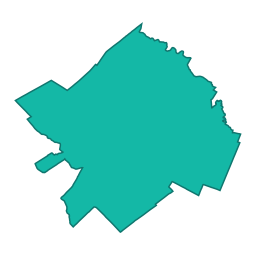 Morteni, Dâmbovita, Romania (Natural Earth projection)
{"feature_id": "2599482B842172523344", "entity_name": "Morteni", "entity_type": "district", "adm_level": 2, "iso_a3": "ROU", "parent_name": "Romania", "parent_adm1": "Dâmbovita", "projection": "natural_earth1", "projection_center": [25.227, 44.65], "detail": "fine", "context": "isolated", "style": "filled", "palette": "teal", "viewbox_px": 256, "rotation_deg": 0, "n_neighbors": 0, "source": "geoboundaries", "source_scale": "gbopen_adm2", "svg_char_len": 5698}
<svg xmlns="http://www.w3.org/2000/svg" viewBox="0 0 256 256"><path d="M68.1,162.1L68.6,162.5L68.9,162.9L69.8,164.5L70.4,165.7L71.0,166.4L71.3,167.2L72.0,167.7L72.8,167.8L73.4,168.0L75.8,169.1L77.0,169.0L81.4,167.7L82.0,167.6L82.6,167.7L82.4,168.1L79.6,173.1L78.0,176.3L77.6,176.7L77.2,178.0L76.5,179.3L73.1,184.9L73.1,185.1L72.7,186.0L72.1,186.6L72.1,186.8L70.9,188.1L70.4,188.5L69.7,189.3L66.5,192.4L64.3,195.0L62.9,196.2L62.1,196.8L61.4,197.4L61.0,198.1L61.0,198.5L61.3,198.9L62.2,199.6L64.3,200.9L66.9,206.8L66.9,209.3L66.7,209.7L66.4,210.8L66.5,211.2L67.2,213.0L69.2,214.6L69.1,215.2L69.5,216.0L69.4,216.3L69.1,216.7L69.2,217.2L69.5,218.5L69.7,220.4L70.0,221.5L69.9,222.2L70.0,223.0L70.3,223.8L73.2,226.9L75.1,225.0L76.6,223.7L79.2,221.0L85.1,215.4L87.7,212.8L89.1,211.8L91.6,209.2L93.9,207.1L94.0,207.0L94.6,207.0L96.3,207.5L98.8,209.9L104.4,215.4L105.8,217.1L110.0,221.2L113.5,224.8L120.1,231.9L120.4,232.1L121.4,231.5L122.6,230.4L133.5,222.0L135.4,220.3L136.5,219.7L142.9,215.2L149.9,209.9L156.3,205.4L155.4,204.2L159.0,201.4L164.3,197.4L168.6,194.0L169.1,193.7L169.8,193.4L170.9,192.8L172.9,191.3L171.5,189.5L170.0,188.1L168.9,187.1L168.8,186.8L169.5,185.7L172.2,181.6L173.0,181.9L178.6,184.8L181.9,186.6L185.5,188.4L186.5,189.1L198.6,195.5L199.6,193.2L199.6,192.9L199.9,192.2L201.2,189.0L201.5,188.6L201.6,188.3L202.8,185.3L203.1,184.6L203.3,184.6L203.6,184.6L210.7,187.1L211.3,187.4L211.9,187.5L217.2,189.3L220.0,190.5L228.1,170.9L230.0,166.4L234.1,156.4L234.9,154.6L239.7,143.0L239.8,142.7L237.6,141.9L240.6,134.1L239.5,133.8L238.0,133.6L234.1,132.7L232.5,132.7L232.5,132.4L232.9,130.2L232.1,130.1L231.6,129.8L231.0,129.3L230.7,128.8L230.5,127.9L230.3,127.5L229.9,127.3L229.3,127.2L229.0,127.0L228.6,126.3L228.1,125.7L227.3,125.2L225.8,124.5L225.2,124.1L225.2,123.9L225.3,123.6L226.3,122.2L225.9,121.5L225.4,121.6L225.3,121.8L224.7,122.0L223.9,121.8L222.9,121.2L222.8,120.8L222.9,120.7L223.1,120.5L223.5,120.3L224.3,120.0L224.6,120.2L225.1,120.2L225.7,120.0L225.7,119.7L225.6,119.3L225.0,118.2L224.6,117.8L223.6,117.9L223.3,117.8L223.2,117.3L223.3,117.0L223.6,116.8L224.9,115.6L225.0,115.4L225.2,115.0L225.1,114.2L224.8,113.7L224.3,113.7L224.0,113.5L223.7,112.6L223.4,112.1L223.3,111.8L222.9,111.2L222.8,110.6L222.5,110.3L222.3,109.9L221.8,109.1L221.7,108.9L221.8,108.7L222.7,107.8L222.8,107.5L222.8,107.2L222.6,106.6L222.2,106.3L221.5,106.1L221.2,105.7L221.5,105.6L221.7,105.4L221.8,104.4L221.7,104.2L221.2,104.1L221.1,103.9L221.1,103.7L221.6,103.5L221.7,103.3L221.4,102.4L221.4,102.1L221.6,101.8L221.6,101.4L221.2,100.7L220.4,100.3L219.8,100.6L219.2,101.3L218.5,101.2L218.3,101.4L218.1,101.3L218.1,100.9L217.7,100.9L217.5,100.6L217.4,100.5L217.1,100.5L216.1,101.6L215.6,102.8L215.7,103.2L215.8,103.3L216.0,103.5L215.9,103.7L216.2,103.9L216.2,104.3L216.0,104.6L215.5,105.1L215.2,105.5L214.7,105.7L213.9,106.2L213.3,106.5L213.2,106.6L213.1,106.9L212.8,107.3L212.4,107.6L211.8,107.8L211.7,107.5L211.4,103.3L211.0,99.8L212.4,98.8L216.7,92.0L213.4,90.0L215.6,87.4L214.4,87.0L213.8,86.8L212.4,85.9L212.3,85.7L212.3,85.0L212.3,84.7L211.4,83.8L211.3,83.6L211.5,82.8L211.4,82.5L211.2,82.3L208.1,81.3L206.9,80.1L206.0,79.4L202.9,77.2L200.7,76.4L200.3,76.4L199.6,76.3L196.2,76.7L195.9,76.7L194.0,75.9L191.6,72.5L190.6,71.4L190.2,70.0L190.1,69.8L189.4,69.6L189.3,69.4L188.4,67.1L188.0,66.5L187.6,65.5L187.4,64.8L187.5,64.5L187.6,64.1L190.9,58.2L190.5,57.8L189.8,57.7L187.3,57.7L186.3,57.5L185.5,57.2L183.2,55.5L183.1,55.1L183.0,54.3L183.4,52.6L183.4,52.0L183.3,51.5L183.1,51.4L182.8,51.2L181.9,51.0L181.0,51.4L179.9,52.1L179.2,52.8L178.2,53.5L177.2,53.4L176.8,53.2L176.5,53.0L176.2,52.4L175.9,51.6L175.9,50.7L175.8,49.9L175.6,49.6L174.5,48.3L173.9,48.0L173.0,47.6L172.3,47.7L171.8,48.1L170.5,50.1L169.2,50.7L168.0,50.9L167.6,51.1L167.2,51.1L166.2,50.7L165.5,50.1L165.5,49.5L166.9,47.3L167.1,46.7L167.1,46.3L166.8,45.5L166.6,45.1L166.9,44.5L166.9,44.1L166.8,43.5L166.5,42.9L166.2,42.6L164.9,42.8L164.6,42.7L163.6,42.1L160.6,41.9L159.8,41.9L159.5,41.8L158.6,40.0L158.1,39.6L157.6,39.6L155.8,40.3L154.5,40.7L154.3,40.6L153.9,39.7L152.9,38.4L152.0,38.1L151.7,38.2L150.8,38.7L150.4,38.7L148.6,37.4L146.5,36.4L146.1,36.1L145.5,35.4L144.9,34.3L144.2,33.8L143.0,32.8L141.9,32.6L139.8,32.4L139.5,32.3L139.3,31.9L139.3,31.6L140.8,28.8L141.0,28.0L141.5,24.8L141.7,23.9L137.1,27.4L134.7,29.4L132.0,31.4L130.4,32.9L129.5,33.4L126.9,35.6L126.0,36.1L125.3,36.9L124.5,37.4L119.5,41.6L114.0,45.7L106.8,51.4L105.9,52.3L101.0,59.3L99.3,61.9L96.9,65.3L96.1,64.6L95.8,64.4L95.6,64.4L91.7,68.9L89.8,71.0L86.5,74.0L78.8,81.0L75.9,83.4L75.7,83.5L72.2,86.5L67.2,90.4L62.5,87.3L51.3,80.4L40.3,86.6L29.2,92.7L26.6,94.2L22.2,96.6L15.4,100.5L17.3,102.6L26.0,111.4L27.8,113.4L31.2,116.7L27.3,119.2L30.7,123.4L32.9,125.9L34.6,128.2L35.2,128.9L37.3,130.9L39.0,132.0L40.8,133.6L41.4,134.1L42.0,134.3L43.7,134.4L44.8,134.8L46.1,135.4L46.7,135.8L47.4,136.6L47.5,136.9L47.4,137.2L47.4,137.6L47.6,137.9L48.0,138.1L49.1,138.5L49.6,138.5L50.2,138.6L51.0,139.3L51.3,139.9L51.7,140.2L53.4,141.1L54.4,142.0L55.1,142.3L55.8,142.3L56.9,142.4L57.9,142.8L58.9,143.1L59.4,143.1L59.8,143.3L60.2,143.7L60.4,144.8L60.3,146.2L59.7,149.4L59.9,149.7L60.8,150.5L61.4,150.9L62.0,151.5L62.6,151.9L62.9,152.1L62.7,152.4L62.2,152.5L61.1,153.0L60.2,153.3L59.1,153.3L58.5,153.5L57.6,154.1L57.5,154.5L57.2,154.6L55.8,154.1L55.4,154.3L54.5,155.0L54.3,155.0L53.6,154.5L52.2,153.1L51.9,153.0L51.6,153.0L51.0,153.3L49.5,154.3L48.0,155.1L47.6,155.5L47.6,155.8L35.2,163.6L35.2,163.9L37.1,168.3L37.4,168.7L38.2,169.5L42.6,172.4L43.1,172.6L44.1,172.3L44.7,172.6L47.4,170.8L47.6,170.7L47.7,170.4L55.6,165.3L56.6,164.7L57.5,163.9L64.1,159.7L64.8,158.9L65.5,160.0L65.8,160.3L67.0,161.2L67.7,162.0L68.1,162.1Z" fill="#14b8a6" stroke="#0f766e" stroke-width="1.5"/></svg>